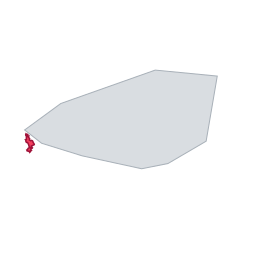 location of Cap Estate, Gros Islet, Saint Lucia, rotated 248°
{"feature_id": "8701671B23372433445877", "entity_name": "Cap Estate", "entity_type": "district", "adm_level": 2, "iso_a3": "LCA", "parent_name": "Saint Lucia", "parent_adm1": "Gros Islet", "projection": "albers", "projection_center": [-60.931, 14.095], "detail": "fine", "context": "in_parent", "style": "filled", "palette": "rose", "viewbox_px": 256, "rotation_deg": 248, "n_neighbors": 0, "source": "geoboundaries", "source_scale": "gbopen_adm2", "svg_char_len": 2832}
<svg xmlns="http://www.w3.org/2000/svg" viewBox="0 0 256 256"><g transform="rotate(248 128 128)"><path d="M171.5,174.9L142.7,230.2L86.5,195.5L80.1,151.8L85.1,125.4L119.4,75.0L146.2,42.2L164.9,31.4L175.9,74.9L171.5,174.9Z" fill="#d9dde1" stroke="#a8b0b8" stroke-width="1"/><path d="M147.8,34.9L148.2,35.0L149.0,34.9L149.5,34.8L150.2,34.6L150.8,34.7L151.2,34.8L151.9,34.6L152.4,34.2L152.7,33.9L152.8,33.7L152.8,33.8L152.8,33.6L152.7,33.4L152.6,33.1L152.8,32.9L153.2,32.6L153.3,32.5L153.4,32.4L153.8,32.0L154.0,32.1L154.8,32.6L155.0,32.7L155.1,32.8L155.3,32.7L155.5,32.6L155.8,32.6L156.0,32.8L156.0,33.0L156.1,32.8L156.1,32.7L156.3,32.6L156.4,32.4L156.5,32.3L156.8,32.4L156.9,32.5L157.0,32.6L157.3,32.5L157.5,32.7L157.5,32.4L157.7,32.2L157.8,32.2L157.9,32.3L158.0,32.3L158.4,32.3L158.5,32.3L158.6,32.2L158.7,32.3L158.8,32.3L158.9,32.2L159.0,32.0L159.2,32.3L159.3,32.3L159.3,32.5L159.5,32.4L159.8,32.3L159.8,32.1L159.7,32.0L159.7,31.9L159.8,31.9L160.0,31.8L160.1,31.7L160.3,31.7L160.5,31.5L160.4,31.5L160.4,31.4L160.2,31.4L160.2,31.2L160.2,30.9L160.2,30.7L159.9,30.6L159.7,30.6L159.5,30.4L159.4,30.0L159.4,29.9L159.3,30.1L159.2,30.3L159.1,30.5L159.0,30.8L158.9,31.0L158.7,31.2L158.6,31.3L158.6,31.5L158.3,31.4L158.0,31.2L157.8,31.1L157.7,31.0L157.7,30.7L157.6,30.4L157.3,30.3L157.2,30.3L157.0,30.2L156.9,30.0L156.7,29.9L156.3,29.8L156.0,29.8L155.7,29.7L155.4,29.6L155.4,29.3L155.4,29.2L155.4,28.9L155.5,28.8L155.5,28.6L155.3,28.7L155.2,28.7L155.0,28.8L154.9,28.8L154.8,28.7L154.5,28.6L154.3,28.4L154.2,28.4L153.9,28.4L153.7,28.3L153.3,28.4L153.0,28.5L152.9,28.5L152.8,28.4L152.7,28.4L152.5,28.7L152.4,29.1L152.3,29.3L152.0,29.4L151.9,29.5L151.6,29.5L151.2,29.5L150.8,29.5L150.5,29.6L150.4,29.6L150.2,29.6L149.9,29.6L149.7,29.6L149.4,29.6L149.1,29.5L148.8,29.5L148.6,29.5L148.2,29.4L147.9,29.4L147.6,29.4L147.5,29.5L147.2,29.5L146.7,29.6L146.4,29.6L146.5,29.5L146.6,29.4L146.7,29.2L146.7,28.9L146.7,28.7L146.6,28.0L146.5,27.8L146.5,27.7L146.2,27.5L146.2,27.4L146.0,27.2L145.9,26.9L145.7,26.8L145.5,26.7L145.4,26.7L145.6,26.6L145.5,26.4L145.4,26.4L145.2,26.2L145.3,26.0L145.2,26.0L145.1,25.9L144.8,25.8L144.7,26.0L144.5,26.3L144.4,26.3L144.2,26.4L144.2,26.5L143.9,26.7L143.7,26.8L143.6,27.0L143.5,27.3L143.5,27.5L143.4,27.6L143.2,27.7L142.9,27.8L142.7,27.8L142.8,27.9L142.8,28.0L142.7,28.0L142.6,28.3L142.5,28.5L142.8,28.7L142.9,28.8L143.0,29.0L143.1,29.3L143.4,29.3L143.4,29.5L143.5,29.6L143.5,29.8L143.8,29.6L144.0,29.4L144.1,29.5L144.3,29.7L144.4,29.9L144.4,30.0L144.5,30.1L144.8,30.3L145.0,30.3L145.3,30.4L145.7,30.5L146.0,30.5L145.9,30.6L145.7,30.9L145.5,31.0L145.2,31.8L145.1,32.0L145.1,31.9L145.3,32.0L145.4,31.9L145.5,31.9L145.8,31.7L146.0,31.7L146.3,31.7L146.4,31.8L146.5,31.8L146.7,31.7L147.0,31.6L147.3,31.5L147.5,31.6L147.6,32.7L147.6,34.5L147.8,34.8L147.8,34.9Z" fill="#f43f5e" stroke="#9f1239" stroke-width="1.5"/></g></svg>